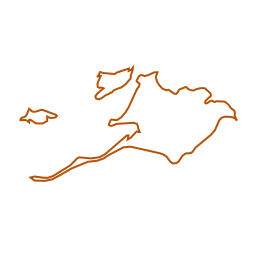 outline of Trat, rotated 95°
{"feature_id": "THA-435", "entity_name": "Trat", "entity_type": "Province", "adm_level": 1, "iso_a3": "THA", "parent_name": "Thailand", "parent_adm1": "", "projection": "mercator", "projection_center": [102.484, 12.155], "detail": "fine", "context": "isolated", "style": "outline", "palette": "amber", "viewbox_px": 256, "rotation_deg": 95, "n_neighbors": 0, "source": "natural_earth", "source_scale": "10m", "svg_char_len": 2791}
<svg xmlns="http://www.w3.org/2000/svg" viewBox="0 0 256 256"><g transform="rotate(95 128 128)"><path d="M159.3,148.2L160.4,149.5L163.3,155.8L165.1,164.9L173.2,180.7L180.7,191.3L185.8,199.0L187.9,206.2L188.5,216.6L185.8,220.8L184.5,217.1L184.9,207.7L184.6,203.4L182.2,198.2L170.1,182.1L162.6,175.9L161.5,174.1L161.5,162.2L159.7,154.2L156.6,149.0L135.6,128.6L135.3,126.9L139.5,127.3L137.3,124.3L130.7,119.1L131.0,117.2L131.0,116.0L128.0,117.6L125.3,118.3L123.1,119.5L122.3,122.8L124.9,139.7L127.1,144.0L127.4,145.3L126.8,147.3L125.3,147.3L123.4,146.5L121.7,146.0L121.0,145.2L121.2,141.2L121.1,139.7L117.9,135.6L112.9,132.0L107.4,129.2L88.3,122.4L85.5,120.6L82.9,120.3L80.8,123.5L79.8,123.5L75.8,121.7L74.8,121.0L74.1,119.4L74.2,118.0L74.6,116.8L74.8,116.0L73.5,112.3L70.3,106.8L69.9,103.5L74.7,104.7L79.2,103.2L82.9,100.3L85.7,97.3L87.1,93.0L86.4,91.0L86.4,90.9L89.7,85.1L89.9,83.1L89.1,82.3L88.1,81.7L86.3,80.8L85.3,80.2L84.8,79.5L84.4,78.7L83.1,75.9L82.3,74.5L82.2,73.8L82.3,73.1L83.2,72.3L83.8,71.6L84.3,70.5L84.8,68.2L85.0,66.9L84.9,66.0L84.7,65.5L84.5,65.1L84.2,64.8L83.6,63.7L82.9,62.1L81.8,58.1L81.7,56.1L81.8,54.8L84.7,50.9L85.0,50.5L85.8,49.5L86.7,48.8L87.2,48.5L87.8,48.2L88.5,48.3L89.1,48.5L89.6,48.8L90.0,49.2L90.7,50.1L93.4,52.5L94.4,53.2L95.1,53.4L95.7,53.5L96.5,53.1L96.7,52.5L96.7,51.8L96.4,51.3L94.4,48.8L93.7,47.7L93.4,46.6L93.7,46.0L94.4,44.9L94.6,44.2L94.5,43.7L94.1,43.4L93.8,42.7L93.6,41.6L93.3,34.9L93.5,33.9L93.8,33.1L95.9,30.1L99.4,27.0L100.9,24.5L101.3,24.0L101.8,23.5L102.3,23.2L102.9,23.0L104.3,22.8L105.9,22.8L106.5,22.7L107.1,22.5L110.2,20.6L111.2,20.3L111.3,20.2L109.0,22.2L108.2,25.0L108.0,28.9L108.4,32.8L109.7,35.7L111.4,37.0L112.4,37.8L122.6,41.2L127.9,45.1L141.5,58.9L145.9,61.5L147.2,62.8L147.8,64.3L148.1,67.3L148.6,68.7L151.0,71.4L156.8,74.5L158.8,76.8L159.1,78.8L159.4,80.4L157.8,83.0L153.2,87.0L151.3,90.5L150.4,93.9L146.4,123.8L147.7,131.0L156.9,145.2L159.3,148.2ZM94.2,148.4L95.5,149.7L97.3,153.1L100.0,156.2L102.0,159.3L101.6,162.2L99.2,163.3L96.3,161.5L90.6,155.8L90.0,157.9L90.4,160.0L90.0,161.6L87.6,162.2L85.2,162.0L78.4,159.7L78.4,160.9L78.9,161.5L79.8,163.4L78.7,162.5L77.6,161.8L76.4,161.3L74.8,160.9L74.8,159.7L75.4,157.3L75.4,146.0L73.8,144.1L68.7,132.3L71.1,132.3L70.4,131.0L69.7,130.0L68.7,129.2L67.5,128.4L70.5,128.5L75.3,129.8L78.4,129.7L84.1,133.8L86.3,136.0L88.3,138.5L90.4,143.2L91.9,145.7L94.2,147.3L94.2,148.4ZM123.5,209.5L128.1,209.1L131.0,213.7L131.4,220.3L128.4,225.7L128.4,227.0L131.0,227.0L129.4,229.4L129.0,231.1L129.6,235.8L128.4,235.8L127.2,234.8L125.8,231.8L124.9,230.7L123.2,229.9L117.5,228.2L118.9,226.2L119.7,225.4L120.0,224.4L119.9,222.1L119.4,220.4L117.6,216.3L117.5,214.5L121.0,201.4L121.9,200.0L123.5,200.9L124.3,202.9L124.7,205.0L124.6,207.1L123.5,209.5Z" fill="none" stroke="#b45309" stroke-width="2"/></g></svg>